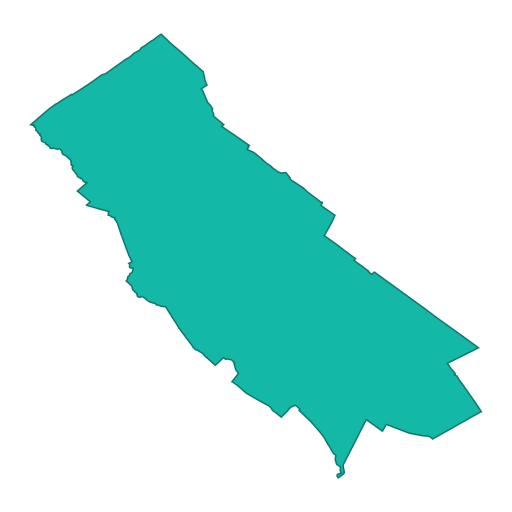 Tartasesti, Dâmbovita, Romania
{"feature_id": "2599482B67594439605865", "entity_name": "Tartasesti", "entity_type": "district", "adm_level": 2, "iso_a3": "ROU", "parent_name": "Romania", "parent_adm1": "Dâmbovita", "projection": "robinson", "projection_center": [25.802, 44.581], "detail": "fine", "context": "isolated", "style": "filled", "palette": "teal", "viewbox_px": 512, "rotation_deg": 0, "n_neighbors": 0, "source": "geoboundaries", "source_scale": "gbopen_adm2", "svg_char_len": 5930}
<svg xmlns="http://www.w3.org/2000/svg" viewBox="0 0 512 512"><path d="M481.3,411.8L480.4,410.2L476.1,403.7L462.0,383.6L458.8,379.4L457.0,376.1L454.4,374.8L455.3,373.8L453.6,371.5L452.2,370.0L450.5,367.9L447.4,363.3L478.5,347.8L457.6,332.6L435.9,317.1L425.5,309.2L374.4,272.1L371.7,274.4L368.1,271.6L368.0,271.2L368.4,271.0L354.0,260.4L355.5,258.7L344.2,250.3L338.3,245.7L324.2,235.6L324.6,235.1L331.7,222.5L335.0,215.3L321.2,205.7L321.2,205.3L321.5,204.3L322.0,203.7L322.4,202.8L322.0,202.2L321.7,202.1L320.8,202.3L320.1,201.5L310.3,194.1L306.6,191.2L305.7,190.2L303.0,187.7L302.8,187.9L301.5,186.8L295.5,182.8L292.4,180.9L291.4,180.2L290.6,179.5L290.4,179.2L290.1,178.7L290.0,177.7L289.8,177.3L289.1,176.6L286.8,173.6L285.9,172.7L285.5,172.6L285.0,172.5L282.6,173.0L281.3,173.0L280.6,172.9L278.8,172.2L276.7,171.0L276.0,170.3L272.8,168.1L270.7,166.0L268.0,164.1L267.4,163.9L263.1,160.3L262.5,159.6L261.4,158.6L259.5,157.1L255.1,153.4L252.6,151.9L248.2,150.0L247.1,149.3L248.5,147.4L247.8,146.9L249.4,145.5L234.2,134.9L221.6,126.4L223.8,124.7L216.6,118.7L215.1,117.4L214.2,116.8L213.9,116.5L213.7,115.9L213.4,113.2L212.3,111.4L212.5,108.8L212.4,108.4L211.3,106.9L210.9,105.9L210.0,104.9L209.2,104.1L208.3,102.9L207.7,102.7L207.4,102.2L207.2,101.4L206.9,100.5L206.3,99.3L205.7,97.9L205.3,96.9L204.5,94.9L202.9,91.1L202.5,90.5L201.9,89.8L201.2,88.9L207.0,85.1L204.9,80.1L204.5,77.4L203.1,71.4L202.4,71.1L197.3,66.5L194.9,64.6L181.6,52.5L171.7,44.2L161.2,34.2L160.0,34.9L156.1,37.7L153.1,40.1L151.7,40.8L147.9,43.3L144.9,45.7L142.9,46.9L141.8,47.4L140.7,48.6L140.3,49.3L139.2,50.5L135.3,52.5L134.0,53.2L132.1,54.9L130.9,56.1L128.6,57.8L125.9,59.2L105.5,73.8L101.9,74.8L91.4,82.3L79.5,90.2L72.0,94.9L71.5,94.4L60.3,101.3L56.5,104.0L56.2,103.8L49.6,108.5L30.7,124.7L31.2,124.8L32.9,125.4L34.1,125.1L34.3,125.2L34.4,125.4L34.4,125.6L34.0,126.3L34.1,126.7L35.2,127.3L35.9,128.2L36.0,128.9L35.8,129.9L35.8,130.3L36.1,130.6L37.1,131.2L37.4,131.8L37.8,132.1L38.4,133.4L38.7,133.6L39.7,133.7L40.2,134.3L40.2,134.7L39.8,135.2L39.9,135.4L40.1,135.7L40.5,135.9L40.9,136.3L41.3,137.0L41.4,137.7L41.6,138.3L41.5,138.6L41.1,139.1L41.1,139.6L41.4,139.9L41.6,140.4L41.6,141.0L41.8,141.3L43.5,141.9L46.0,143.5L46.2,143.8L46.0,144.2L46.2,144.4L46.6,144.6L47.7,144.7L47.8,144.8L47.9,145.5L48.1,145.7L49.3,146.1L49.5,146.9L49.9,147.6L50.2,148.0L51.4,148.6L52.9,148.1L56.9,149.1L57.4,149.2L59.7,148.8L60.2,148.9L60.6,149.5L61.0,150.3L62.0,151.1L62.0,152.7L62.4,153.7L62.9,154.3L66.1,155.9L69.4,159.0L70.9,160.3L71.0,160.5L71.0,160.9L70.8,161.3L70.9,162.1L71.4,162.9L71.5,163.2L71.1,164.0L71.1,164.5L71.2,164.9L71.9,165.5L72.8,165.6L73.1,165.8L73.3,166.0L73.1,166.4L72.1,167.8L72.2,168.2L72.8,169.7L73.5,170.4L76.6,174.4L77.0,174.8L77.3,176.1L77.6,176.6L79.9,177.9L80.2,178.1L80.4,178.5L81.4,178.5L81.9,178.9L82.5,179.6L82.9,180.8L84.7,182.0L85.0,182.4L86.5,182.5L87.6,182.2L77.4,191.1L90.4,201.8L89.3,202.6L86.8,204.9L86.6,205.3L103.7,210.2L109.1,211.6L108.5,212.4L108.2,214.9L108.2,215.2L108.7,215.3L110.4,215.8L112.2,217.3L113.0,217.5L113.9,217.4L114.9,217.7L114.9,218.3L114.6,219.0L115.4,220.2L115.8,220.6L116.6,221.9L117.2,222.7L119.9,230.6L120.6,232.9L127.0,250.4L129.1,255.9L132.0,261.9L128.8,263.3L129.4,263.8L129.6,264.2L129.5,264.5L129.6,266.2L129.5,266.8L129.6,267.3L130.2,267.7L131.7,268.2L131.9,268.2L132.3,267.9L133.1,267.9L133.2,268.0L133.2,268.7L133.2,269.1L133.1,269.4L132.9,269.6L132.5,271.6L132.0,272.4L131.1,273.1L130.2,273.5L129.9,273.9L129.5,274.7L129.3,275.7L128.2,276.5L127.9,276.9L127.5,277.7L127.5,278.2L127.6,279.2L127.5,279.5L126.7,280.2L126.2,280.9L126.3,281.2L128.1,282.6L128.6,283.0L129.1,283.7L129.7,284.0L130.6,285.1L130.8,285.2L131.8,286.2L132.2,287.0L132.0,287.8L133.2,290.3L134.4,291.3L134.7,291.8L135.1,292.3L136.3,292.8L137.1,293.6L137.1,293.8L136.9,294.2L136.9,294.6L137.1,294.9L137.4,296.2L137.6,296.5L138.0,296.6L138.4,296.6L138.5,297.0L139.0,297.0L139.7,297.3L140.1,297.3L140.7,297.1L141.0,296.6L141.9,296.5L142.7,296.9L144.8,298.1L147.2,300.4L148.9,301.3L149.6,301.9L150.4,302.2L150.9,302.4L151.6,302.5L152.9,303.0L153.5,303.0L155.0,303.4L155.7,303.9L156.4,304.8L156.7,305.0L158.2,305.1L158.8,305.3L160.8,306.2L161.7,306.4L165.3,306.7L165.6,306.8L166.1,307.4L167.2,309.4L167.6,309.9L170.3,314.2L171.0,315.2L172.0,317.1L173.7,319.5L173.7,319.8L175.1,321.5L175.7,322.7L177.2,324.9L177.5,325.8L178.2,326.6L178.9,328.0L179.9,329.1L180.8,330.6L186.1,337.6L186.4,338.1L186.8,338.5L189.7,342.5L191.6,344.8L192.2,345.8L192.7,346.7L193.3,347.6L194.5,348.4L195.1,349.4L195.5,349.7L197.5,350.2L199.7,351.7L201.9,352.9L202.5,353.1L202.9,353.4L203.6,354.8L215.2,365.2L216.4,364.3L223.5,357.6L225.6,359.3L226.0,359.3L227.0,358.9L231.4,359.8L231.8,360.1L234.6,363.0L234.0,363.7L234.0,363.9L234.3,364.3L235.6,369.2L236.3,370.4L238.4,373.5L232.0,381.7L232.4,381.8L235.8,384.3L236.9,384.9L237.7,385.6L246.3,393.2L258.6,400.3L268.8,405.9L270.9,407.6L272.4,410.3L274.8,412.0L281.3,417.2L287.7,410.7L288.2,410.0L288.3,409.7L288.6,409.6L289.4,408.5L291.1,407.0L295.5,405.2L299.7,408.8L299.9,409.1L299.0,410.2L299.3,410.6L310.5,421.3L319.5,431.5L324.0,437.3L328.2,444.8L328.6,445.2L330.0,447.6L331.1,449.7L332.5,451.8L333.1,453.1L333.7,453.8L334.4,454.3L335.2,454.7L335.8,455.3L335.9,455.6L335.8,456.2L335.4,457.5L335.3,459.3L335.3,460.0L335.5,460.8L336.1,462.0L336.1,462.9L336.4,463.8L336.9,464.5L338.6,465.6L339.8,466.7L340.1,467.1L340.5,468.0L340.2,469.4L340.2,470.6L340.5,471.4L341.1,472.0L341.4,472.6L341.4,472.8L341.3,473.1L340.3,473.2L338.0,474.1L337.3,474.6L337.1,475.1L337.1,476.1L337.8,477.4L338.1,477.7L338.3,477.8L338.8,477.6L340.5,476.1L342.2,475.1L343.7,473.6L344.2,473.0L344.3,472.1L343.1,465.9L343.3,464.7L344.2,463.0L344.2,462.7L344.4,462.6L366.2,419.8L366.7,419.9L382.3,431.1L382.6,431.0L386.3,424.4L409.3,433.2L422.5,435.7L422.8,435.6L425.6,436.0L427.1,436.1L427.9,436.2L429.7,436.6L430.2,436.9L431.8,438.2L432.5,439.0L434.4,438.0L480.8,411.8L481.3,411.8Z" fill="#14b8a6" stroke="#0f766e" stroke-width="1.5"/></svg>